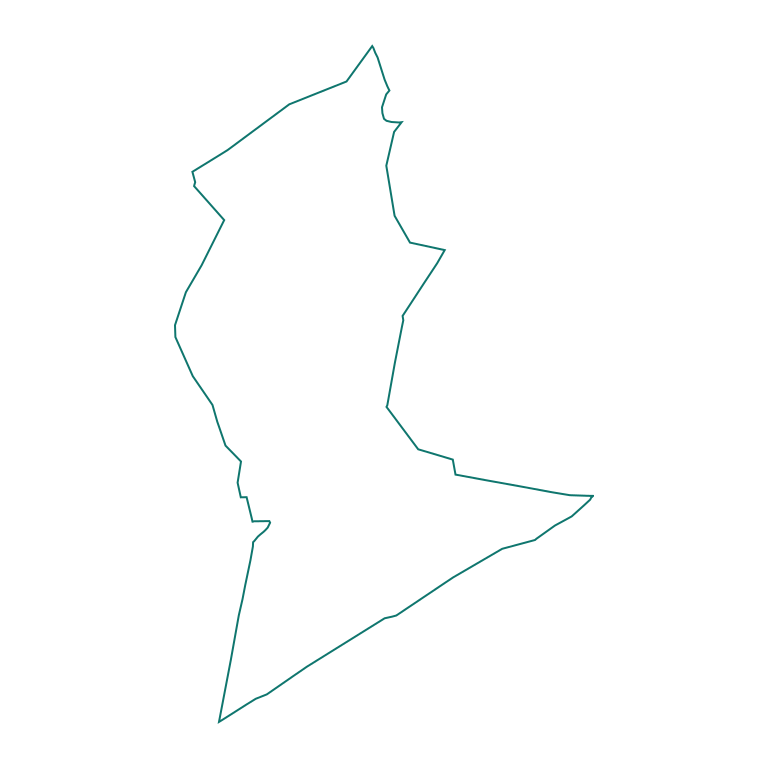 outline of Ad Dali, Sennar, Sudan
{"feature_id": "16777658B21682317034415", "entity_name": "Ad Dali", "entity_type": "district", "adm_level": 2, "iso_a3": "SDN", "parent_name": "Sudan", "parent_adm1": "Sennar", "projection": "orthographic", "projection_center": [33.523, 12.54], "detail": "fine", "context": "isolated", "style": "outline", "palette": "teal", "viewbox_px": 768, "rotation_deg": 0, "n_neighbors": 0, "source": "geoboundaries", "source_scale": "gbopen_adm2", "svg_char_len": 1558}
<svg xmlns="http://www.w3.org/2000/svg" viewBox="0 0 768 768"><path d="M444.7,250.1L410.0,242.6L394.6,215.8L386.3,165.7L394.1,131.9L401.6,122.2L399.3,122.5L391.5,122.0L386.5,120.8L384.0,118.8L382.4,113.1L382.0,107.3L386.2,94.4L389.4,90.5L387.4,86.4L384.6,79.6L377.6,57.5L375.2,52.7L373.4,48.0L372.2,46.1L346.5,81.5L289.3,104.3L227.7,150.0L214.5,158.2L192.4,171.8L195.2,182.2L194.5,184.5L194.1,186.1L194.3,186.3L194.5,186.6L195.5,187.7L197.0,189.4L224.2,220.1L201.6,265.3L185.9,292.2L175.0,325.2L175.4,337.1L192.8,376.2L208.9,399.7L212.5,405.0L217.3,421.8L219.4,427.8L225.5,445.6L241.0,461.5L237.6,482.7L240.8,497.3L246.6,497.2L251.7,518.1L252.5,521.7L252.8,521.7L253.9,521.3L269.3,521.1L270.1,522.7L267.7,527.6L265.5,530.0L263.6,531.8L260.4,534.4L257.9,536.6L256.1,538.8L254.3,541.0L253.1,542.2L252.9,546.5L250.4,560.5L245.2,585.3L242.5,599.3L242.4,599.7L238.8,615.4L230.8,660.1L219.0,721.9L221.5,720.4L246.2,704.7L255.7,698.8L266.8,694.4L293.5,675.9L306.9,666.7L384.6,618.3L392.3,616.6L396.3,615.5L445.2,582.7L453.3,577.3L502.2,548.8L535.0,540.0L536.5,538.7L555.0,525.5L567.7,518.6L571.7,516.4L584.6,504.8L587.3,502.3L590.1,499.7L590.3,499.4L590.8,498.4L591.0,497.9L591.2,497.7L591.3,497.5L591.5,497.3L591.7,497.2L593.0,496.0L593.0,495.9L587.1,495.8L584.8,495.7L569.9,495.2L563.8,494.2L552.9,492.4L550.6,492.0L519.8,486.3L485.3,480.1L455.5,474.6L452.8,459.6L418.2,449.3L398.4,422.8L386.5,406.9L387.3,405.3L394.9,362.7L402.0,326.5L403.3,320.3L402.6,315.9L407.8,308.0L423.8,283.5L437.2,263.2L444.7,250.1Z" fill="none" stroke="#0f766e" stroke-width="2"/></svg>